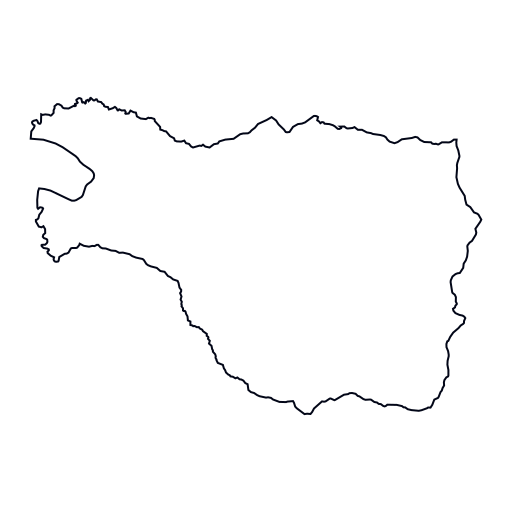 outline of Chaguaní, Cundinamarca, Colombia
{"feature_id": "7082276B58224372670541", "entity_name": "Chaguaní", "entity_type": "district", "adm_level": 2, "iso_a3": "COL", "parent_name": "Colombia", "parent_adm1": "Cundinamarca", "projection": "mercator", "projection_center": [-74.667, 4.95], "detail": "fine", "context": "isolated", "style": "outline", "palette": "ink", "viewbox_px": 512, "rotation_deg": 0, "n_neighbors": 0, "source": "geoboundaries", "source_scale": "gbopen_adm2", "svg_char_len": 5972}
<svg xmlns="http://www.w3.org/2000/svg" viewBox="0 0 512 512"><path d="M418.8,410.8L421.6,410.2L427.1,408.2L428.1,407.5L430.5,407.6L432.3,404.8L434.3,399.6L438.0,397.9L438.7,396.8L440.5,392.1L441.8,390.6L442.6,388.0L444.1,385.5L443.9,382.3L444.4,380.1L446.3,377.4L448.1,376.4L448.4,375.5L448.4,370.0L447.4,364.7L447.6,360.8L448.7,356.2L448.7,354.7L448.1,351.1L446.5,347.2L446.4,344.0L447.3,341.3L448.3,340.9L450.2,336.9L453.2,332.6L458.5,328.1L460.7,325.5L463.3,323.8L464.0,322.9L464.0,321.1L465.3,318.1L464.3,316.7L462.6,315.6L459.4,314.9L455.4,313.1L453.4,310.7L453.0,308.8L455.0,307.4L455.4,305.7L456.7,304.3L456.8,303.5L455.8,301.6L455.9,297.1L454.8,294.7L452.6,293.0L452.2,292.2L450.6,282.1L450.8,280.3L452.5,276.5L455.5,274.1L457.5,273.3L459.8,273.0L463.2,267.9L463.7,263.6L465.8,260.4L467.1,256.7L467.8,250.9L467.3,246.5L467.5,245.4L469.6,242.6L472.0,240.9L475.9,234.5L476.3,232.6L475.4,228.8L480.3,221.7L481.3,219.6L478.5,214.7L477.3,213.7L474.0,212.4L470.3,207.1L466.5,204.6L465.2,199.7L464.7,195.9L459.6,187.7L457.9,183.9L456.4,177.2L457.1,168.3L456.9,165.2L457.3,163.0L459.4,156.9L459.4,155.8L458.3,150.5L456.6,146.1L456.3,142.6L456.6,139.6L453.9,139.6L451.1,141.7L449.1,142.4L442.0,142.3L438.5,144.4L437.8,144.4L435.8,143.7L435.0,144.0L432.9,143.8L432.1,143.5L431.1,142.3L424.2,142.0L420.2,140.0L417.5,137.4L415.2,136.9L411.8,138.0L401.8,139.3L397.6,142.1L394.5,143.2L389.6,141.6L387.4,139.6L385.9,137.3L383.9,136.0L380.3,135.0L373.0,134.0L370.9,133.1L366.8,132.4L362.0,129.8L357.9,129.8L354.5,127.1L352.5,128.0L347.7,128.5L346.5,128.2L344.3,126.5L340.3,126.6L341.3,127.3L341.2,128.1L339.2,129.0L337.7,128.8L334.8,126.3L332.9,125.2L329.4,124.1L324.5,123.7L323.6,122.4L322.0,122.1L320.4,123.2L319.1,121.5L317.2,120.3L318.0,117.0L316.7,116.2L315.0,115.9L313.8,116.0L305.1,122.4L301.9,123.6L297.9,124.1L293.0,126.9L289.5,132.0L287.0,132.3L285.7,132.0L283.9,129.5L278.6,124.4L276.1,120.5L271.6,117.1L266.7,120.0L258.0,124.0L255.0,127.7L251.5,130.4L249.9,132.2L248.0,133.3L243.1,133.5L240.2,134.2L233.6,138.8L225.3,139.6L219.3,141.4L217.8,143.5L213.9,144.2L209.6,147.5L205.3,146.6L203.0,144.7L201.4,145.9L199.6,145.6L193.0,147.5L191.1,146.5L189.0,143.9L186.0,143.2L184.3,140.6L181.2,141.6L176.8,141.4L174.8,140.6L174.1,138.3L170.0,136.1L166.1,131.4L164.2,131.1L162.5,130.2L160.3,129.6L160.1,126.9L154.8,121.1L154.7,119.8L154.2,118.9L151.0,117.9L149.6,118.1L148.3,117.7L145.9,119.1L140.6,118.5L136.9,116.4L135.9,112.6L133.5,112.2L130.5,110.6L128.7,113.5L125.7,113.8L125.3,113.5L125.7,112.0L124.7,110.3L121.7,110.5L119.2,109.3L118.2,110.4L117.6,110.4L116.3,108.0L114.9,106.9L112.8,108.2L108.9,109.5L107.9,107.0L105.6,106.8L104.2,106.2L103.7,104.5L102.3,103.6L101.2,102.1L97.9,101.5L96.7,99.3L95.9,99.3L94.5,100.4L93.5,100.4L90.8,97.9L90.1,98.3L90.0,99.8L88.6,101.2L87.9,99.8L86.1,100.6L85.8,103.0L85.2,103.5L83.8,102.1L82.7,102.6L82.2,102.4L81.3,98.8L79.7,98.1L78.6,98.2L76.4,99.8L76.4,100.5L77.7,102.7L77.2,103.2L75.0,103.9L74.9,104.5L75.8,105.3L75.8,105.7L74.9,106.2L73.6,105.9L68.6,108.5L64.2,108.3L62.7,107.6L61.5,105.7L58.9,104.2L57.1,104.1L54.5,106.3L54.6,108.1L53.6,110.3L53.6,112.9L51.3,115.4L50.6,115.6L49.0,114.8L45.3,114.4L42.6,114.9L41.2,114.3L41.0,122.0L40.3,123.6L39.5,123.8L38.3,123.2L37.4,121.0L36.5,120.0L33.6,120.8L32.3,121.6L32.0,122.7L32.5,123.8L33.3,124.8L34.5,125.3L34.6,126.0L33.8,128.0L31.3,131.4L30.7,138.7L43.4,139.7L55.6,143.5L62.6,147.2L75.7,156.2L77.8,158.3L79.9,161.6L83.4,164.8L90.0,169.2L92.3,171.2L93.7,173.4L94.1,175.2L93.7,178.1L91.1,181.6L87.1,184.5L85.7,186.4L82.9,195.0L81.6,196.9L76.2,200.1L74.2,200.7L71.9,200.7L68.5,199.2L50.5,190.6L44.4,189.0L39.1,188.4L38.1,191.2L37.2,199.9L37.4,207.8L38.1,208.8L40.0,207.3L40.6,207.3L42.6,207.8L43.1,208.6L41.6,211.9L39.3,214.7L38.4,218.3L37.4,219.4L35.9,219.9L35.9,221.5L38.8,226.6L41.5,227.3L43.4,226.2L45.1,229.1L45.2,233.1L43.3,234.8L42.8,236.8L43.9,238.1L46.6,239.1L47.2,239.7L47.4,241.9L46.8,243.2L45.1,244.7L42.0,244.8L41.5,245.2L41.7,246.2L43.6,248.0L47.3,248.6L48.8,249.4L48.8,250.4L47.5,251.6L47.7,253.1L50.7,255.7L54.1,257.3L53.6,259.1L53.9,260.4L54.7,261.4L56.1,261.8L58.1,261.5L58.6,260.8L59.3,257.0L64.7,253.8L66.7,253.6L68.5,252.6L70.8,248.5L72.0,248.0L76.1,248.0L77.2,247.6L79.3,245.0L79.7,243.7L83.8,245.8L89.0,246.7L92.3,245.9L94.6,246.1L96.7,244.9L98.3,244.9L100.4,247.3L102.4,248.3L105.8,248.5L111.2,250.5L115.6,250.9L119.2,252.8L122.9,252.6L129.6,254.2L132.2,256.1L136.1,257.6L142.6,259.0L143.9,260.1L146.3,263.9L148.0,265.2L150.9,266.4L156.8,267.9L160.3,271.0L164.6,271.8L167.9,276.0L170.5,277.2L173.1,279.4L177.6,280.9L178.5,282.9L179.5,287.6L181.2,289.9L181.1,291.6L180.1,293.1L181.5,296.5L180.6,299.6L181.8,301.8L181.3,304.0L181.8,305.1L181.5,306.3L183.0,308.3L183.0,310.5L183.8,311.0L184.8,310.9L185.5,311.6L186.1,313.9L187.5,316.4L187.9,320.4L190.4,321.5L190.4,325.0L192.5,325.5L193.2,326.2L194.6,326.0L196.9,327.2L198.8,327.1L199.7,328.4L202.2,329.7L203.0,331.2L206.8,333.9L206.7,335.8L208.2,336.9L208.4,337.7L208.0,338.8L209.8,340.8L209.0,343.6L211.5,345.8L212.2,349.3L212.9,350.3L212.9,351.7L215.2,354.3L215.8,356.3L215.5,357.1L215.8,358.6L216.5,359.4L216.5,360.3L217.8,362.9L222.9,364.9L223.9,368.4L225.1,370.1L226.0,372.5L228.3,374.6L229.7,375.2L230.5,376.4L232.8,376.7L235.4,378.3L237.4,377.5L239.6,379.3L241.3,379.5L243.4,380.6L245.3,383.1L247.6,384.2L248.4,390.0L250.9,392.1L254.1,393.0L257.1,395.1L259.5,396.2L266.0,397.6L268.1,397.3L271.0,397.9L273.0,399.5L279.4,401.9L286.0,402.1L287.4,401.6L293.0,401.1L294.0,402.8L295.2,406.6L296.8,408.3L304.5,414.1L307.1,413.7L310.5,414.0L312.2,411.9L314.0,408.5L322.0,401.4L324.1,401.7L325.6,401.4L329.7,398.6L330.7,398.5L334.4,400.2L335.0,400.0L344.0,394.7L348.1,394.1L349.5,393.2L352.0,393.0L355.6,393.8L357.7,395.9L359.5,396.4L363.4,399.1L365.5,399.8L370.1,399.5L371.1,399.7L374.3,402.0L377.0,402.5L378.7,403.9L380.8,404.1L383.3,406.0L384.7,406.4L385.9,405.9L387.3,404.7L396.8,404.9L402.0,406.1L403.5,407.3L405.2,407.4L407.7,409.2L411.5,410.1L418.8,410.8Z" fill="none" stroke="#020617" stroke-width="2"/></svg>